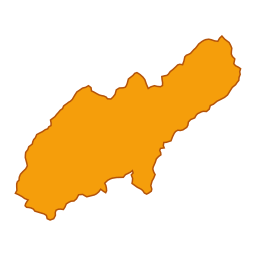 Guarantã, São Paulo, Brazil
{"feature_id": "56859067B8052409163305", "entity_name": "Guarantã", "entity_type": "district", "adm_level": 2, "iso_a3": "BRA", "parent_name": "Brazil", "parent_adm1": "São Paulo", "projection": "albers", "projection_center": [-49.583, -21.913], "detail": "fine", "context": "isolated", "style": "filled", "palette": "amber", "viewbox_px": 256, "rotation_deg": 0, "n_neighbors": 0, "source": "geoboundaries", "source_scale": "gbopen_adm2", "svg_char_len": 2961}
<svg xmlns="http://www.w3.org/2000/svg" viewBox="0 0 256 256"><path d="M53.7,218.7L55.4,215.4L55.3,212.5L56.1,210.2L58.4,209.2L60.7,209.1L63.4,209.5L65.0,207.0L66.3,203.9L68.6,202.4L71.1,201.2L74.0,201.0L76.5,198.8L78.6,194.8L82.6,194.4L84.6,195.6L86.8,196.8L90.8,195.8L94.4,194.9L96.5,193.8L98.7,191.9L100.7,189.2L103.3,191.2L105.7,192.7L106.6,190.8L106.4,188.0L105.8,185.3L104.7,183.2L107.7,180.3L110.3,178.9L112.2,178.2L116.5,177.5L119.8,177.4L123.3,177.3L125.5,174.6L127.9,173.5L130.7,172.0L132.4,170.6L133.1,172.9L131.3,174.9L132.6,178.3L132.4,181.2L132.0,183.4L137.2,187.2L141.1,189.2L142.7,190.5L144.4,193.0L146.6,194.1L148.8,193.0L151.3,191.2L151.8,189.1L150.8,185.6L152.1,180.9L153.6,178.3L155.1,174.6L153.7,172.0L152.8,169.0L153.2,167.0L155.3,162.2L156.3,159.0L157.7,157.4L159.1,156.1L160.9,154.8L160.7,152.7L159.7,150.4L160.5,148.4L164.2,147.9L163.3,145.6L163.8,142.5L166.4,142.3L171.0,140.8L172.6,136.6L174.2,133.3L175.6,131.5L177.8,130.2L180.2,130.5L182.9,129.9L184.7,128.7L186.7,127.4L187.9,125.2L188.4,122.0L190.6,119.6L194.7,117.9L196.1,115.3L197.6,113.7L201.7,111.7L203.5,111.3L206.5,111.5L209.2,109.2L210.3,105.5L213.4,104.2L217.2,101.1L220.5,99.5L224.5,97.4L227.5,95.0L230.2,90.6L232.3,87.4L235.6,84.7L237.2,82.3L238.8,80.4L239.0,77.5L240.2,74.4L239.7,71.7L240.6,68.7L238.6,67.3L235.5,65.7L233.8,63.7L234.8,58.9L232.4,56.5L231.3,54.1L231.4,51.3L231.8,48.2L230.6,45.3L229.1,42.5L226.3,40.4L224.6,39.1L221.9,36.0L219.6,38.2L217.8,41.3L214.7,40.9L211.2,39.7L208.7,39.2L205.8,39.6L204.0,40.3L201.8,41.6L198.7,44.0L196.8,46.6L195.5,48.2L193.9,49.6L190.5,53.4L188.3,54.5L186.4,55.2L184.8,56.9L184.0,60.8L182.6,64.7L179.7,64.3L177.7,64.9L175.7,66.9L172.9,69.5L170.2,71.6L168.3,74.3L166.8,75.4L164.6,75.8L161.8,76.5L162.1,79.8L162.6,82.6L162.5,85.5L160.5,86.7L157.2,86.4L154.4,85.7L150.7,86.9L148.2,88.5L147.4,86.5L146.5,84.5L145.7,82.2L144.8,79.6L142.9,77.1L140.2,74.7L138.6,73.6L136.9,72.6L134.8,73.3L132.9,75.5L130.3,77.5L128.4,79.0L127.8,81.2L127.3,83.2L126.4,85.5L125.3,87.2L123.2,87.8L119.3,88.0L116.3,89.9L115.6,92.4L115.1,94.3L113.0,97.0L110.9,99.0L107.5,98.8L106.2,97.1L103.8,96.0L102.0,95.7L99.3,95.0L96.8,93.7L93.8,92.0L91.5,90.9L91.0,87.6L88.5,85.7L85.7,87.3L82.5,88.1L80.8,89.3L79.2,90.4L76.9,91.9L74.8,95.1L73.6,97.2L72.3,99.4L70.3,101.3L68.6,102.2L66.9,103.6L65.1,104.8L63.6,106.0L62.6,108.6L60.3,110.2L58.1,112.8L56.7,114.3L54.9,116.7L50.5,120.0L51.1,123.0L51.0,125.6L48.8,126.8L47.7,128.8L45.2,129.7L42.5,131.6L39.5,133.1L36.7,134.6L35.4,137.7L33.7,139.6L32.8,141.7L32.3,144.0L30.7,145.3L28.8,146.7L27.8,149.6L25.7,152.3L25.4,154.9L25.3,157.6L26.1,160.6L26.9,163.6L27.3,166.0L25.7,168.9L22.7,171.8L20.5,174.2L19.3,177.1L19.0,180.2L17.4,181.7L16.7,183.8L16.7,186.9L16.9,190.4L15.4,193.3L18.2,194.5L22.2,196.7L24.6,198.5L28.1,199.9L26.9,201.6L25.6,203.8L25.1,205.8L26.6,207.3L28.7,207.5L30.9,207.9L33.4,209.1L34.8,211.1L44.0,213.9L46.4,215.4L47.2,218.7L50.1,220.0L53.7,218.7Z" fill="#f59e0b" stroke="#b45309" stroke-width="1.5"/></svg>